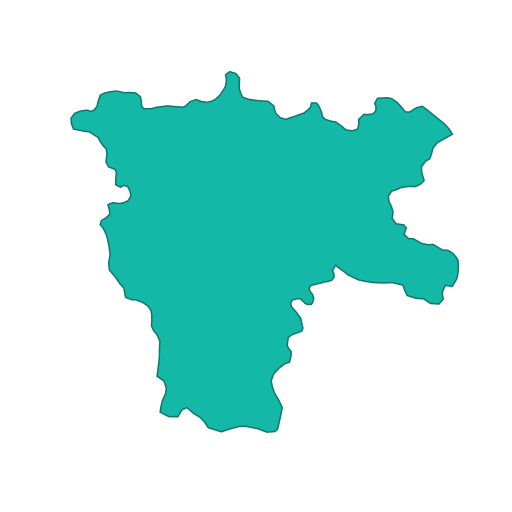 the district of Zel'va, Grodno, Belarus, rotated 8°
{"feature_id": "67162791B91505134452571", "entity_name": "Zel'va", "entity_type": "district", "adm_level": 2, "iso_a3": "BLR", "parent_name": "Belarus", "parent_adm1": "Grodno", "projection": "mercator", "projection_center": [24.857, 53.119], "detail": "fine", "context": "isolated", "style": "filled", "palette": "teal", "viewbox_px": 512, "rotation_deg": 8, "n_neighbors": 0, "source": "geoboundaries", "source_scale": "gbopen_adm2", "svg_char_len": 3507}
<svg xmlns="http://www.w3.org/2000/svg" viewBox="0 0 512 512"><g transform="rotate(8 256 256)"><path d="M400.0,84.6L394.7,86.7L391.6,89.0L388.2,92.1L383.9,92.5L379.1,88.1L374.3,84.2L368.2,81.2L364.0,81.0L354.4,82.9L352.3,88.1L354.2,92.1L354.4,95.6L351.9,99.0L347.1,100.4L343.2,100.7L338.6,106.7L339.4,110.7L339.0,116.1L334.0,118.6L327.5,118.6L322.7,115.5L316.2,112.1L311.9,112.1L305.6,111.1L302.3,108.6L301.2,105.2L297.9,99.4L294.7,96.1L289.7,96.7L289.3,101.1L287.2,104.0L283.3,108.0L279.5,109.8L275.3,112.1L270.8,114.2L266.6,116.5L260.7,115.7L255.5,111.7L254.5,109.4L252.6,104.8L246.3,101.1L237.2,101.9L227.3,101.9L220.9,100.7L218.6,97.7L216.1,92.5L215.5,87.3L215.0,82.3L210.7,78.1L204.4,77.1L200.6,80.8L202.1,85.2L202.3,89.6L201.9,93.1L200.0,97.3L197.9,101.7L194.0,106.5L191.0,108.6L186.4,110.5L180.6,110.7L175.2,109.4L169.3,112.3L165.4,117.3L162.9,118.8L154.9,119.4L147.6,119.6L142.2,121.1L136.8,122.6L131.8,124.7L124.5,125.7L121.8,123.6L120.9,118.6L119.3,114.4L114.5,111.5L112.1,111.3L102.2,112.6L95.1,112.0L88.9,113.6L83.0,115.9L79.4,118.5L78.1,125.3L77.8,129.6L75.5,133.8L72.6,135.8L68.0,135.1L61.5,137.1L56.6,140.0L53.7,145.2L54.6,150.1L57.6,155.7L68.0,156.3L74.2,156.3L78.1,158.3L83.0,160.5L85.9,164.5L89.2,168.0L92.8,170.7L94.1,175.5L94.4,184.0L97.7,188.3L101.9,189.2L104.5,189.9L106.1,192.8L106.5,200.3L107.1,204.9L112.3,206.8L115.0,204.6L119.2,204.9L122.4,209.8L123.8,214.0L121.5,219.2L117.9,221.5L113.3,223.1L106.8,223.1L102.2,225.8L104.2,230.3L105.5,234.6L102.2,239.1L98.0,242.4L97.3,246.6L100.3,249.2L102.9,252.8L105.2,256.4L107.5,262.3L109.1,266.8L111.4,275.3L111.0,282.8L112.7,290.3L119.5,296.2L125.1,302.4L129.6,306.0L131.6,312.2L132.6,315.1L139.4,316.7L143.0,316.1L150.2,317.7L156.0,320.6L159.6,324.5L160.9,328.5L161.9,335.0L162.2,339.9L164.8,343.8L169.4,348.3L172.7,353.9L173.3,361.1L174.3,368.6L174.6,375.1L174.8,388.9L175.1,388.9L182.3,392.7L185.6,399.3L185.6,404.8L183.4,412.4L182.8,419.0L182.8,424.0L192.1,427.2L200.9,426.1L204.2,418.5L208.6,415.7L216.3,420.7L222.9,423.4L227.8,427.2L232.7,432.7L246.4,434.9L252.5,431.6L262.9,427.2L268.9,426.1L281.5,426.7L291.4,428.9L299.1,427.2L301.4,424.6L301.5,424.0L302.4,414.2L303.1,402.5L298.2,395.0L294.0,390.1L290.7,383.9L288.4,377.7L289.7,370.8L294.1,364.2L299.3,358.8L303.9,356.5L304.6,349.8L304.1,345.8L301.2,343.1L299.3,340.2L299.3,332.1L302.9,328.7L308.1,326.0L311.9,323.9L312.5,320.8L310.8,316.6L308.8,311.1L306.5,309.0L303.5,305.9L298.1,301.2L296.9,298.0L298.0,294.6L302.4,292.7L306.0,292.2L308.9,294.3L311.5,296.3L314.5,296.8L317.5,296.2L318.5,294.3L319.1,289.9L317.2,286.0L314.3,283.5L313.1,280.4L314.5,277.5L320.4,275.1L323.8,273.9L326.7,272.5L330.3,271.3L334.4,269.5L336.2,266.4L335.8,263.3L333.9,259.7L335.9,254.2L344.5,258.8L349.6,261.8L360.8,265.4L368.5,265.9L376.6,265.9L386.3,264.9L394.4,263.4L405.6,264.4L408.2,269.5L411.2,274.1L420.4,275.6L428.1,275.1L435.2,278.7L443.9,278.1L447.4,272.5L445.4,266.4L447.4,258.8L454.6,258.8L457.9,250.9L458.3,247.8L458.3,243.2L457.7,238.2L456.9,232.7L454.6,229.6L450.4,225.9L445.0,223.6L440.0,224.2L434.2,221.8L429.9,219.9L425.0,220.9L418.2,220.5L409.4,217.0L404.8,217.6L399.6,214.0L400.9,207.2L398.0,204.6L390.1,204.6L385.6,199.7L385.6,193.5L383.3,188.3L380.0,183.4L378.7,178.2L381.3,172.9L385.9,170.7L390.1,168.0L397.6,165.8L404.2,165.1L409.0,161.8L412.0,157.9L408.4,150.1L407.4,144.6L410.7,138.7L414.6,135.4L415.6,130.2L416.2,124.4L419.8,118.5L425.0,114.6L433.5,108.1L429.3,103.2L423.7,98.6L415.9,94.0L406.8,88.5L400.0,84.6Z" fill="#14b8a6" stroke="#0f766e" stroke-width="1.5"/></g></svg>